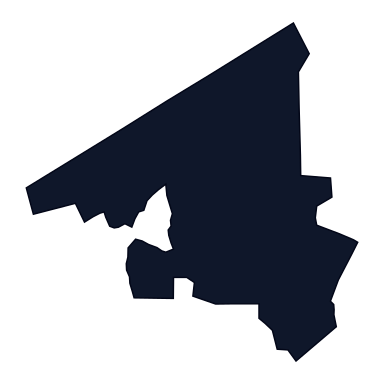 Boqueirão do Piauí, Piauí, Brazil (Natural Earth projection)
{"feature_id": "56859067B46313379568207", "entity_name": "Boqueirão do Piauí", "entity_type": "district", "adm_level": 2, "iso_a3": "BRA", "parent_name": "Brazil", "parent_adm1": "Piauí", "projection": "natural_earth1", "projection_center": [-42.125, -4.538], "detail": "fine", "context": "isolated", "style": "filled", "palette": "ink", "viewbox_px": 384, "rotation_deg": 0, "n_neighbors": 0, "source": "geoboundaries", "source_scale": "gbopen_adm2", "svg_char_len": 1106}
<svg xmlns="http://www.w3.org/2000/svg" viewBox="0 0 384 384"><path d="M167.4,100.7L122.2,129.0L26.3,187.9L33.4,214.2L75.4,203.3L84.5,222.1L93.1,216.7L99.9,213.2L104.1,211.9L105.8,217.3L109.7,226.2L114.2,227.9L118.4,227.2L124.9,223.7L131.8,227.1L134.9,218.8L138.7,211.9L143.8,210.3L147.0,200.7L152.3,195.0L158.4,189.7L165.8,184.1L166.9,195.5L172.4,213.7L170.5,220.3L171.1,226.1L168.2,230.0L168.8,235.4L171.1,243.0L173.5,249.1L165.8,252.2L161.8,250.9L157.0,247.6L148.6,244.5L142.2,241.0L135.6,239.2L128.1,247.9L127.9,257.1L126.3,263.7L126.6,270.1L129.5,276.8L129.9,283.3L132.3,291.3L134.1,297.8L173.3,298.4L173.5,277.4L186.8,277.4L194.4,282.5L192.9,296.1L215.6,304.0L230.8,303.8L259.0,303.8L259.0,318.3L264.9,323.2L272.4,330.3L277.2,349.2L287.9,349.9L296.0,361.0L336.3,326.7L335.0,320.3L333.9,314.7L334.1,309.7L333.7,304.5L330.4,301.2L338.3,280.0L351.7,254.2L357.7,242.3L353.5,239.8L339.6,233.9L316.7,225.2L315.3,217.8L316.7,206.1L331.9,197.1L330.5,178.0L300.7,175.6L300.4,155.3L299.1,108.3L298.4,71.9L309.2,53.7L293.4,23.0L210.8,74.3L167.4,100.7Z" fill="#0f172a" stroke="#020617" stroke-width="1.5"/></svg>